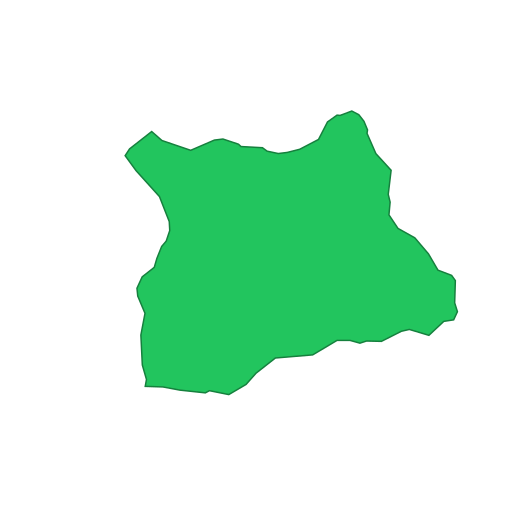 the district of Pastores, Sacatepéquez, Guatemala, rotated 237°
{"feature_id": "79465075B63522445953752", "entity_name": "Pastores", "entity_type": "district", "adm_level": 2, "iso_a3": "GTM", "parent_name": "Guatemala", "parent_adm1": "Sacatepéquez", "projection": "albers", "projection_center": [-90.77, 14.602], "detail": "fine", "context": "isolated", "style": "filled", "palette": "green", "viewbox_px": 512, "rotation_deg": 237, "n_neighbors": 0, "source": "geoboundaries", "source_scale": "gbopen_adm2", "svg_char_len": 1029}
<svg xmlns="http://www.w3.org/2000/svg" viewBox="0 0 512 512"><g transform="rotate(237 256 256)"><path d="M325.4,415.3L328.1,403.1L330.0,400.7L329.5,389.0L319.7,371.9L321.7,350.8L325.8,338.7L329.8,330.5L337.9,322.4L343.3,320.4L356.0,303.0L359.3,302.2L372.1,292.0L375.9,284.2L380.2,258.8L404.1,240.0L417.2,236.3L414.7,208.3L411.4,200.9L392.9,201.9L358.4,207.4L332.1,202.0L324.3,197.5L317.4,188.8L315.4,182.1L308.0,171.6L301.9,164.5L300.5,149.2L293.8,138.6L286.8,135.0L268.4,131.7L252.4,116.4L226.5,101.3L212.1,96.9L207.0,92.1L196.9,106.6L184.9,119.2L168.8,139.0L168.4,143.6L154.6,157.7L153.7,177.7L157.7,192.2L159.9,216.7L142.2,249.7L141.1,278.0L134.0,288.9L126.3,295.7L124.5,302.4L116.1,314.7L113.7,336.9L110.9,344.6L95.3,357.8L98.9,377.9L94.8,387.0L99.6,394.6L108.5,397.1L126.8,409.8L133.2,409.5L145.0,400.9L163.8,401.8L184.7,399.1L201.8,390.1L218.1,389.9L228.1,397.8L235.7,400.5L254.3,416.0L276.6,412.3L298.4,415.9L301.0,418.2L310.2,419.9L318.4,419.2L325.4,415.3Z" fill="#22c55e" stroke="#15803d" stroke-width="1.5"/></g></svg>